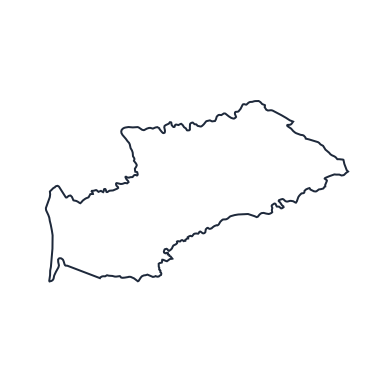 outline of San Francisco, Atlántida, Honduras, rotated 259°
{"feature_id": "27666195B12880656557631", "entity_name": "San Francisco", "entity_type": "district", "adm_level": 2, "iso_a3": "HND", "parent_name": "Honduras", "parent_adm1": "Atlántida", "projection": "robinson", "projection_center": [-87.027, 15.648], "detail": "fine", "context": "isolated", "style": "outline", "palette": "slate", "viewbox_px": 384, "rotation_deg": 259, "n_neighbors": 0, "source": "geoboundaries", "source_scale": "gbopen_adm2", "svg_char_len": 6089}
<svg xmlns="http://www.w3.org/2000/svg" viewBox="0 0 384 384"><g transform="rotate(259 192 192)"><path d="M182.3,349.1L184.0,348.0L185.3,347.8L190.5,346.9L194.6,346.8L195.0,346.4L196.1,342.8L196.5,340.9L198.5,339.8L199.7,338.7L201.4,336.3L202.6,335.1L204.4,334.1L208.1,331.1L212.3,329.5L214.2,327.2L215.9,326.2L216.9,325.2L221.3,316.9L222.7,313.8L223.7,313.8L224.4,313.5L226.1,312.4L226.7,311.5L227.4,309.5L229.9,305.4L230.7,304.5L232.5,303.0L235.3,301.4L238.4,298.3L239.0,298.1L239.4,298.2L239.6,298.8L239.3,301.0L239.5,302.0L240.1,302.9L241.8,304.7L243.7,301.7L246.8,298.5L250.2,294.6L256.6,286.6L257.2,285.2L257.5,282.1L258.6,280.6L261.5,279.5L262.6,280.1L263.4,280.1L264.9,277.7L267.2,276.3L268.6,274.8L269.2,271.2L269.2,270.1L269.0,268.4L269.3,266.1L268.9,264.6L267.4,262.1L267.5,261.5L268.3,259.9L268.3,258.8L267.8,258.2L264.4,255.6L262.3,253.1L262.1,252.4L262.3,250.1L261.9,249.4L260.5,249.0L257.3,249.6L256.7,248.9L256.1,247.6L256.2,246.6L257.2,244.7L259.2,242.6L262.6,239.7L262.9,239.0L263.0,238.2L261.9,235.5L262.5,233.5L262.5,232.7L262.1,231.9L261.3,230.7L258.7,229.3L257.3,228.1L257.5,225.2L258.9,223.2L258.8,219.9L258.6,219.3L256.2,216.5L255.0,214.6L254.6,213.5L254.7,212.7L255.9,210.1L257.5,209.2L258.1,207.4L260.0,206.0L260.1,205.4L259.9,204.4L259.6,203.6L259.0,203.0L255.8,202.2L253.8,201.9L253.3,201.5L253.1,200.9L253.3,199.4L253.6,198.8L255.6,198.1L257.1,196.6L259.7,195.5L261.0,194.4L261.0,193.7L260.3,191.5L261.2,189.4L261.2,188.8L260.7,188.0L259.4,187.4L259.2,186.8L259.3,186.3L259.9,185.7L261.7,184.8L264.0,184.9L264.4,184.7L264.6,184.2L264.7,183.5L263.5,182.3L262.7,178.9L262.1,177.7L260.8,177.1L257.7,177.2L256.3,176.9L255.5,176.5L255.2,175.5L255.6,174.6L256.8,173.8L259.8,172.2L260.9,172.0L262.3,170.3L262.3,168.4L261.7,165.7L262.9,163.3L263.1,162.0L262.8,159.7L261.9,156.9L262.0,156.2L262.6,154.9L265.6,151.9L266.1,151.0L266.7,146.2L267.9,142.0L268.0,139.0L267.9,137.7L267.3,136.0L266.2,134.7L264.9,134.1L263.3,134.0L261.2,134.7L256.8,137.2L254.2,138.4L252.2,139.6L250.6,140.0L246.8,140.1L244.2,141.0L242.0,141.3L238.4,140.9L236.0,141.8L234.8,141.6L233.7,140.9L230.6,142.5L229.1,142.9L228.6,142.8L227.4,142.0L225.8,140.4L224.4,140.2L222.7,140.2L222.2,141.7L221.8,142.0L219.8,142.1L219.2,141.9L218.8,141.5L218.7,141.1L219.5,139.9L219.6,139.0L219.4,138.2L218.0,136.5L218.3,134.2L218.1,132.9L218.6,131.3L219.6,130.2L219.6,129.7L219.0,129.5L217.0,130.1L214.7,131.5L213.8,131.6L212.9,130.0L213.7,127.9L213.3,125.5L213.4,123.7L215.0,120.1L215.1,119.5L214.6,119.0L213.3,118.9L212.4,119.2L210.9,120.3L210.1,120.3L209.6,119.4L208.6,114.8L209.0,111.4L208.8,110.6L208.1,109.0L208.2,108.3L208.5,108.0L211.0,107.7L211.4,107.5L211.6,107.1L211.6,106.5L211.4,106.1L209.3,105.3L208.8,104.7L210.5,102.8L210.0,100.2L211.8,98.8L212.2,98.2L212.0,95.6L212.2,93.9L211.8,93.6L209.9,94.4L209.0,94.4L209.3,91.8L206.5,89.4L206.0,86.7L205.6,85.6L204.5,83.3L202.8,81.1L202.3,80.2L202.7,79.6L204.3,78.0L205.3,76.7L206.2,74.5L206.5,74.0L210.1,73.2L211.7,72.1L211.8,71.4L211.7,70.2L210.5,68.0L210.6,67.5L210.8,67.1L222.7,62.4L223.7,61.3L223.7,60.1L223.5,59.1L222.7,58.1L222.4,56.8L219.6,52.6L216.7,52.3L214.0,51.4L204.1,45.5L202.3,45.3L201.5,45.4L196.7,46.6L194.0,47.0L190.6,46.9L187.0,47.1L180.9,47.1L176.1,46.9L163.0,44.2L145.4,39.2L141.9,37.8L137.4,36.8L132.0,34.9L131.4,35.1L131.5,37.0L132.0,38.3L133.2,39.5L136.3,40.8L139.6,43.2L143.5,46.5L144.3,46.9L145.4,47.4L148.8,47.3L151.3,47.7L152.2,48.9L152.2,49.8L151.7,51.1L150.2,52.4L148.4,52.8L145.3,53.1L144.4,53.4L143.9,53.8L143.4,55.6L125.0,85.2L125.7,85.8L126.3,87.7L126.2,89.0L125.8,90.6L126.5,92.7L125.7,94.4L124.8,97.8L123.7,100.1L123.4,101.5L123.2,105.1L121.5,106.2L121.0,107.5L120.8,109.6L120.7,113.1L120.8,113.9L120.4,115.6L118.3,118.6L114.7,121.8L114.9,122.6L117.9,125.5L118.9,126.9L119.3,128.8L119.2,130.6L119.4,132.5L116.1,137.4L116.1,139.3L116.4,140.2L115.5,141.7L115.4,143.2L116.1,144.5L116.5,145.8L117.6,146.3L118.7,146.2L119.5,145.6L120.6,146.0L121.3,145.5L121.6,145.6L122.2,145.0L124.0,145.4L124.9,145.1L127.9,145.6L128.4,146.6L128.5,148.9L130.0,149.6L130.8,149.6L131.2,149.9L130.9,150.9L129.5,152.9L128.8,154.2L130.3,157.3L130.5,158.7L130.2,159.4L130.3,160.0L132.8,158.7L133.6,157.6L134.5,157.6L135.3,156.3L135.6,156.4L136.2,156.8L136.7,156.7L137.1,155.4L136.9,154.1L137.9,153.0L138.9,153.0L140.8,154.1L141.0,154.5L141.1,156.2L140.4,157.0L138.9,157.6L138.6,158.1L138.7,158.6L139.6,160.4L140.4,161.5L142.4,162.9L143.1,163.7L143.7,166.1L144.5,167.5L145.0,167.8L146.1,167.7L146.4,168.1L146.4,168.9L145.7,170.8L146.5,172.0L146.7,173.0L146.4,173.6L145.3,174.5L145.5,175.8L145.4,176.1L146.4,176.4L146.6,177.3L147.3,178.2L147.1,179.4L147.6,179.5L148.5,179.3L148.9,180.2L149.3,182.0L148.6,183.3L148.6,183.7L150.4,185.8L150.6,186.8L150.5,188.1L149.9,190.1L150.3,190.7L151.3,191.5L151.6,192.2L151.5,192.8L149.5,194.6L149.2,195.4L149.3,196.4L150.0,197.4L152.7,198.4L153.7,199.8L153.8,200.7L152.6,201.9L152.4,202.5L152.6,204.3L153.4,205.5L154.3,207.5L154.7,209.8L154.4,210.3L154.5,211.0L155.1,212.1L157.4,214.1L158.8,216.3L159.1,217.2L158.7,220.1L158.9,221.2L159.2,222.1L160.7,224.7L160.9,225.7L161.2,229.4L161.1,233.1L159.7,242.8L156.4,248.7L155.0,250.7L155.2,251.9L156.9,253.9L157.7,255.3L158.0,256.4L157.8,258.4L156.7,260.6L155.8,263.0L155.8,264.1L156.3,266.0L156.9,266.9L159.0,266.9L161.0,267.8L162.6,267.5L163.3,267.6L163.9,268.1L164.9,270.4L164.9,271.1L164.4,271.7L161.6,272.4L161.0,274.6L158.9,276.4L158.9,277.4L159.6,279.0L160.4,279.0L161.8,277.8L165.1,276.4L166.4,275.4L167.0,275.5L167.4,275.9L167.8,278.3L167.8,279.7L167.2,280.5L165.4,281.8L164.7,282.7L164.4,284.0L164.6,286.3L164.4,287.5L163.6,289.6L161.9,291.5L161.7,292.0L162.8,293.1L166.7,295.4L167.9,296.6L168.8,297.8L169.7,299.2L169.6,301.2L169.8,301.8L170.2,302.2L171.7,302.7L172.8,304.5L173.3,306.7L173.4,308.1L173.1,308.3L171.8,308.7L169.4,311.9L168.9,313.6L169.0,314.4L170.3,317.0L170.2,319.4L170.4,321.6L171.9,323.2L172.0,323.9L173.5,324.1L177.3,326.6L177.9,326.5L179.8,324.8L180.0,324.9L180.4,325.5L181.3,329.8L182.1,335.1L181.5,337.1L181.0,339.9L179.7,341.9L179.6,343.6L179.8,344.6L181.4,347.0L182.3,349.1Z" fill="none" stroke="#1e293b" stroke-width="2"/></g></svg>